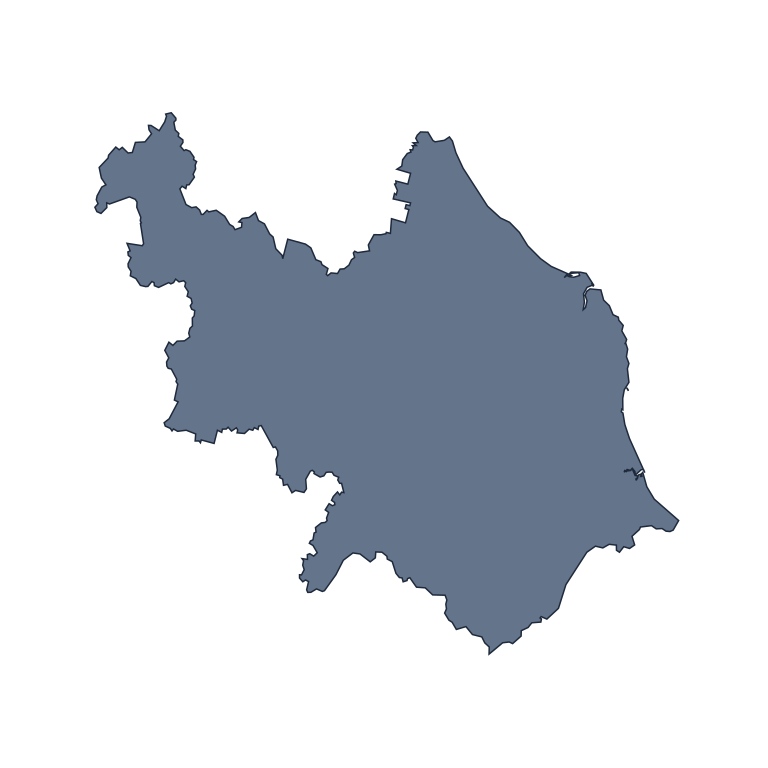 outline of Bundaberg, Queensland, Australia, rotated 7°
{"feature_id": "25037944B53664742087650", "entity_name": "Bundaberg", "entity_type": "district", "adm_level": 2, "iso_a3": "AUS", "parent_name": "Australia", "parent_adm1": "Queensland", "projection": "robinson", "projection_center": [152.268, -24.973], "detail": "fine", "context": "isolated", "style": "filled", "palette": "slate", "viewbox_px": 768, "rotation_deg": 7, "n_neighbors": 0, "source": "geoboundaries", "source_scale": "gbopen_adm2", "svg_char_len": 6152}
<svg xmlns="http://www.w3.org/2000/svg" viewBox="0 0 768 768"><g transform="rotate(7 384 384)"><path d="M652.4,513.2L648.7,504.9L655.2,497.4L656.0,494.7L666.8,492.0L671.8,494.6L677.7,493.6L681.8,495.7L685.8,495.6L688.8,493.8L693.1,483.6L666.3,465.4L657.4,454.0L651.6,440.2L650.1,442.2L650.7,443.1L650.3,444.0L650.7,443.8L650.9,443.9L650.9,444.2L651.2,444.0L651.3,444.1L651.2,444.2L650.8,444.3L650.8,443.9L650.4,444.2L650.2,444.0L649.8,442.2L647.5,443.4L647.1,446.7L645.9,447.2L646.5,448.0L646.2,448.4L645.8,448.3L645.6,449.0L646.0,447.0L647.1,446.5L646.8,444.3L644.3,444.1L640.7,437.8L639.3,439.8L636.8,440.4L635.6,439.4L636.0,439.8L636.0,440.5L635.2,441.4L634.8,441.3L634.2,440.6L633.6,440.6L633.7,441.5L633.1,442.3L633.5,440.5L634.3,440.6L635.1,441.3L635.9,440.5L635.5,439.5L635.7,439.2L639.0,439.7L640.7,437.4L643.7,440.3L644.6,443.7L649.7,437.7L652.1,437.4L653.7,440.2L634.3,408.2L628.0,394.9L624.7,383.7L622.9,382.7L623.1,379.9L624.2,380.4L622.7,369.2L623.2,360.4L626.9,352.5L623.7,339.1L624.6,333.8L621.3,327.4L621.6,319.7L619.2,314.5L617.6,314.5L618.7,314.3L619.4,310.2L613.6,302.3L614.3,296.7L609.3,292.1L608.4,289.1L602.9,287.3L598.1,278.8L591.8,274.0L587.8,264.2L576.9,264.5L574.0,267.3L572.8,271.4L575.4,276.7L574.7,283.5L572.7,285.9L572.9,278.3L571.0,270.1L573.8,263.3L579.2,260.3L577.5,258.7L579.3,259.9L579.6,261.8L580.1,260.3L571.2,249.6L565.3,249.1L556.1,250.1L554.8,251.6L563.8,249.8L564.9,252.5L559.4,254.9L554.7,254.9L552.2,254.0L549.9,256.4L552.0,253.2L554.4,254.5L556.7,253.3L535.6,246.9L524.2,240.6L509.8,229.3L499.9,217.0L488.9,208.2L479.3,205.0L465.1,194.9L436.2,160.2L427.2,145.7L422.3,134.5L418.8,130.8L414.2,134.8L405.2,137.4L402.9,136.4L396.9,128.7L389.5,129.4L386.7,133.0L385.6,136.2L388.4,140.2L383.5,141.1L386.9,143.4L383.1,144.0L384.3,145.3L383.9,148.2L381.4,148.3L382.5,150.5L379.0,152.4L375.2,159.1L375.1,165.5L370.6,169.3L384.7,171.6L383.3,182.7L371.0,181.1L371.6,183.6L370.2,184.3L373.7,190.2L373.1,194.7L371.2,193.6L370.6,199.2L388.3,201.0L387.9,203.8L384.1,203.3L383.6,207.3L387.4,207.8L385.7,221.4L371.3,219.0L372.0,233.7L367.8,233.2L367.6,234.6L362.5,236.3L355.9,237.0L351.5,247.9L353.4,253.6L341.8,256.8L338.7,255.8L337.6,257.7L339.4,262.0L336.6,264.6L334.7,270.3L330.5,274.5L326.4,275.3L324.4,280.0L317.9,280.2L314.9,283.3L313.4,282.2L314.3,276.2L307.9,273.1L306.5,270.3L301.2,268.9L294.8,257.8L289.0,254.7L270.8,252.0L268.2,272.0L267.2,268.7L260.1,262.9L256.0,251.6L252.2,249.0L245.8,239.6L239.5,237.1L235.5,229.5L229.9,235.1L223.0,237.0L220.1,240.8L223.3,241.1L223.5,245.8L217.3,249.0L215.1,246.1L211.3,244.4L205.4,236.9L196.3,232.0L189.1,234.5L187.2,233.2L183.8,237.7L182.0,237.9L179.8,233.8L175.9,231.1L171.6,232.4L165.6,230.0L157.6,215.2L159.5,212.3L163.5,214.2L163.9,210.5L166.2,210.0L170.6,201.8L169.0,199.1L170.8,193.5L169.9,189.8L170.9,186.1L167.6,184.4L167.8,182.1L163.0,176.7L158.8,175.6L157.1,176.7L152.9,172.8L155.0,168.8L154.6,166.2L149.6,163.3L149.8,160.3L145.9,157.4L143.5,149.8L145.3,147.4L145.0,145.5L139.8,140.7L134.4,142.7L135.5,144.8L134.4,150.6L130.0,160.0L121.3,155.8L118.7,156.0L119.8,160.3L122.8,164.0L117.3,172.8L107.8,174.5L106.0,184.9L101.8,185.9L95.4,181.0L92.6,183.8L88.9,181.5L82.8,190.4L82.6,193.4L74.9,203.8L78.4,214.1L83.7,220.2L79.9,222.9L76.3,232.2L76.0,236.2L78.2,239.9L75.5,243.8L78.0,247.9L82.3,249.2L87.4,242.7L86.7,238.0L89.6,238.8L108.5,229.3L114.6,231.0L116.7,233.5L117.1,238.7L122.3,248.2L122.2,251.7L123.5,253.6L122.7,254.3L128.3,274.1L127.2,276.2L111.8,275.7L115.8,282.8L113.7,284.1L114.5,287.5L117.5,289.4L115.3,295.9L115.9,299.0L119.2,303.0L119.0,307.5L124.9,309.6L130.2,315.8L135.6,316.4L137.8,315.9L141.1,310.6L143.4,311.4L144.1,314.4L148.5,315.6L158.0,309.6L160.2,310.6L162.8,309.0L164.4,305.3L168.1,307.6L172.6,305.9L174.8,307.6L174.4,311.5L178.5,316.3L177.9,320.9L182.1,322.6L183.7,327.0L182.2,330.0L184.0,333.2L187.2,334.2L187.3,339.5L185.7,341.9L186.8,349.8L184.6,352.4L184.0,357.3L185.5,361.0L180.7,365.5L173.4,366.7L169.8,371.4L165.4,368.7L162.3,377.3L167.2,384.3L165.5,388.7L166.3,392.7L167.9,394.7L171.1,395.1L177.7,404.5L177.3,407.0L179.3,409.2L177.9,425.5L181.8,426.8L175.0,444.7L170.5,449.2L172.0,452.4L177.3,454.1L179.3,456.4L180.5,454.3L184.9,456.1L193.3,454.0L203.2,456.5L203.5,463.6L207.3,463.1L209.0,464.7L209.4,461.8L222.6,463.7L224.3,450.2L228.8,451.8L229.1,448.5L233.0,447.9L234.5,445.9L238.4,449.3L242.8,445.5L244.4,447.4L244.1,450.4L251.6,450.1L255.6,445.3L259.4,445.9L260.6,443.1L264.5,444.5L264.8,441.1L267.2,440.2L281.8,460.5L283.9,459.7L286.6,463.3L287.3,467.6L285.9,471.9L288.6,482.5L288.2,487.1L291.9,487.8L291.9,489.6L295.0,490.8L296.6,496.8L300.5,495.4L305.9,503.2L309.2,500.4L317.8,501.4L319.8,497.5L317.9,488.2L321.5,479.5L323.3,478.4L325.6,479.8L325.4,481.4L331.9,484.1L335.5,482.5L337.4,478.7L340.2,478.1L343.3,477.9L345.5,480.7L350.4,482.1L349.8,484.9L352.1,488.0L354.0,487.8L357.4,496.7L355.1,496.5L353.6,499.5L351.0,496.8L347.4,501.8L346.1,505.9L349.4,507.6L349.9,509.8L347.6,511.1L344.1,509.5L341.0,516.1L344.7,518.2L343.3,524.1L344.2,526.5L342.6,528.5L338.7,529.5L333.5,534.8L334.6,539.3L332.8,540.4L332.5,547.3L330.1,548.8L329.3,551.2L333.2,552.9L338.3,559.6L335.2,563.4L331.0,561.5L328.7,562.7L329.4,567.4L323.9,567.3L325.7,569.2L325.4,573.7L327.4,578.0L325.4,583.5L323.4,583.6L323.8,586.9L327.5,590.2L330.0,588.1L333.2,589.3L332.3,597.7L333.7,600.1L336.8,599.7L342.0,595.6L348.1,597.4L350.1,596.4L359.5,579.2L365.1,563.9L373.7,555.5L380.9,555.6L392.0,562.2L396.6,557.6L396.3,551.7L402.5,551.2L407.9,554.6L408.6,557.4L413.8,559.3L418.9,570.4L422.8,574.2L425.6,574.3L427.1,578.0L430.8,576.3L431.1,574.3L433.2,573.1L441.0,581.7L449.8,581.3L458.0,587.4L470.4,586.2L472.7,590.7L472.2,595.0L473.4,599.6L472.1,604.0L477.2,610.5L480.7,612.2L485.7,618.8L494.9,614.8L502.3,621.9L511.9,623.1L515.6,628.7L520.5,632.2L521.2,639.3L533.3,626.4L539.7,624.8L543.3,626.0L550.8,617.5L550.3,612.1L556.7,608.1L559.8,603.0L568.7,601.2L568.9,598.0L567.4,597.2L568.3,595.7L574.3,597.5L584.5,585.4L589.0,561.0L605.8,526.3L613.6,519.2L621.2,520.0L627.0,515.7L634.3,515.6L635.0,520.7L638.2,522.3L641.8,516.3L647.8,517.3L652.4,513.2ZM626.8,359.7L625.2,358.1L627.4,361.0L626.8,359.7Z" fill="#64748b" stroke="#1e293b" stroke-width="1.5"/></g></svg>